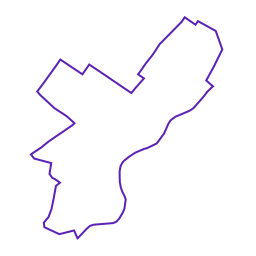 the district of Philadelphia, Pennsylvania, United States of America, rotated 357°
{"feature_id": "52423323B91759364179792", "entity_name": "Philadelphia", "entity_type": "district", "adm_level": 2, "iso_a3": "USA", "parent_name": "United States of America", "parent_adm1": "Pennsylvania", "projection": "mercator", "projection_center": [-75.14, 40.002], "detail": "fine", "context": "isolated", "style": "outline", "palette": "violet", "viewbox_px": 256, "rotation_deg": 357, "n_neighbors": 0, "source": "geoboundaries", "source_scale": "gbopen_adm2", "svg_char_len": 1364}
<svg xmlns="http://www.w3.org/2000/svg" viewBox="0 0 256 256"><g transform="rotate(357 128 128)"><path d="M32.0,147.8L29.7,149.4L32.7,153.6L49.5,159.0L47.2,169.7L49.8,173.9L52.3,175.2L57.2,179.0L53.0,182.1L49.9,195.3L47.3,205.1L44.0,212.7L39.0,218.1L39.3,222.7L53.8,230.4L68.8,227.5L71.8,235.6L72.0,235.5L81.2,226.7L84.8,223.8L88.6,222.8L93.8,222.6L108.2,222.2L111.4,221.0L111.5,221.0L113.2,219.3L114.6,217.9L114.7,217.7L118.7,211.6L120.2,208.4L122.0,199.3L120.7,195.1L119.0,191.5L119.0,191.3L117.7,187.0L117.2,182.9L117.0,181.8L117.3,171.4L118.3,166.9L118.6,165.6L120.7,162.2L122.6,160.3L124.5,159.0L127.3,156.9L134.0,153.0L134.3,152.9L142.7,149.8L145.6,149.2L145.8,149.2L155.9,144.9L163.1,136.2L163.7,135.5L168.5,126.0L171.0,122.5L171.2,122.4L175.7,119.3L181.3,117.3L190.1,114.1L192.7,112.7L194.7,111.3L205.6,100.1L209.2,95.8L214.8,91.0L215.0,90.9L208.6,84.6L217.0,71.1L226.3,54.4L220.7,35.7L203.4,24.9L200.8,28.4L190.4,20.4L187.0,24.9L169.6,40.8L166.6,43.6L164.1,45.8L156.3,56.4L149.5,64.0L144.8,70.1L140.9,75.0L146.5,79.3L137.4,88.6L133.3,93.2L133.2,93.2L132.3,92.6L115.0,79.5L107.7,73.9L92.6,62.6L85.3,72.0L64.0,56.1L59.9,61.5L46.7,77.9L39.3,86.8L42.2,90.6L55.5,104.3L67.4,113.0L74.5,120.1L74.8,120.4L73.9,121.2L73.3,121.8L71.9,122.7L61.7,129.0L55.7,132.6L48.1,137.3L47.2,137.9L39.8,143.3L32.0,147.8Z" fill="none" stroke="#5b21b6" stroke-width="2"/></g></svg>